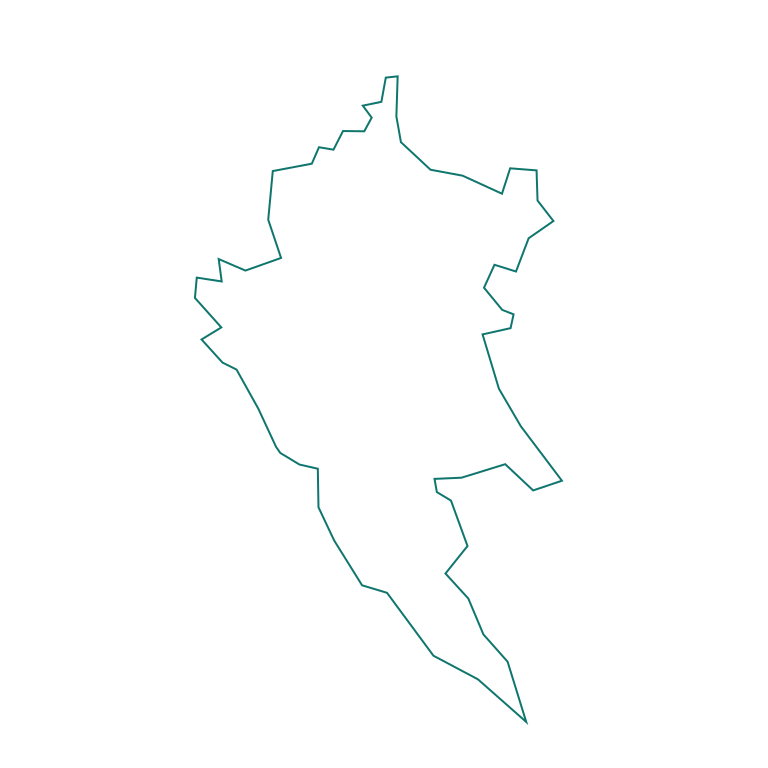 the district of Dzhambay, Samarkand, Uzbekistan, rotated 11°
{"feature_id": "79887680B27058586610976", "entity_name": "Dzhambay", "entity_type": "district", "adm_level": 2, "iso_a3": "UZB", "parent_name": "Uzbekistan", "parent_adm1": "Samarkand", "projection": "albers", "projection_center": [67.125, 39.732], "detail": "fine", "context": "isolated", "style": "outline", "palette": "teal", "viewbox_px": 768, "rotation_deg": 11, "n_neighbors": 0, "source": "geoboundaries", "source_scale": "gbopen_adm2", "svg_char_len": 955}
<svg xmlns="http://www.w3.org/2000/svg" viewBox="0 0 768 768"><g transform="rotate(11 384 384)"><path d="M365.0,547.2L400.9,585.8L426.8,588.4L484.4,641.3L532.6,656.0L588.1,688.6L558.3,633.0L529.4,610.9L507.7,578.5L480.5,558.3L496.9,527.1L472.0,485.7L456.5,480.0L451.7,467.5L477.9,461.2L518.3,439.6L550.7,460.0L577.1,445.0L526.3,399.3L497.7,366.7L471.3,316.5L497.6,305.0L497.9,290.9L485.9,288.7L463.8,270.4L469.7,245.9L492.1,248.4L498.2,213.3L519.2,191.7L499.7,174.6L493.0,145.2L466.7,148.2L463.5,174.7L421.3,164.5L388.8,164.8L354.5,143.4L345.1,119.0L338.7,79.4L327.3,82.9L327.6,107.5L310.1,114.8L321.1,124.9L316.4,139.7L295.5,143.5L289.7,163.6L275.0,164.0L271.1,181.5L234.2,196.2L239.0,244.8L258.9,279.9L226.3,299.1L197.9,292.9L205.1,314.3L179.9,315.3L182.0,335.6L213.5,359.5L196.4,375.1L221.4,393.8L236.5,398.0L265.4,432.3L290.1,466.4L295.4,471.5L316.4,479.2L335.2,479.8L343.2,517.5L365.0,547.2Z" fill="none" stroke="#0f766e" stroke-width="2"/></g></svg>